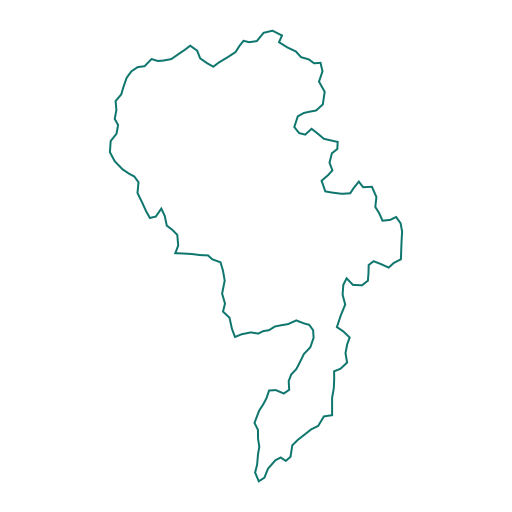 São Miguel do Anta, Minas Gerais, Brazil
{"feature_id": "56859067B35975223000187", "entity_name": "São Miguel do Anta", "entity_type": "district", "adm_level": 2, "iso_a3": "BRA", "parent_name": "Brazil", "parent_adm1": "Minas Gerais", "projection": "equal_earth", "projection_center": [-42.703, -20.747], "detail": "fine", "context": "isolated", "style": "outline", "palette": "teal", "viewbox_px": 512, "rotation_deg": 0, "n_neighbors": 0, "source": "geoboundaries", "source_scale": "gbopen_adm2", "svg_char_len": 2334}
<svg xmlns="http://www.w3.org/2000/svg" viewBox="0 0 512 512"><path d="M254.5,422.9L258.0,430.0L258.0,438.5L259.3,446.5L258.0,454.5L257.1,464.8L255.1,472.5L258.8,481.3L264.4,477.7L268.0,468.7L275.3,460.3L280.7,457.5L285.8,460.9L290.5,456.8L292.3,445.3L298.0,439.7L304.3,434.8L311.1,429.4L318.2,425.9L323.9,416.4L332.1,415.2L332.1,408.0L332.1,397.8L333.8,388.3L334.2,378.6L334.1,371.3L340.4,368.8L347.1,362.6L345.5,353.1L347.2,344.3L349.7,337.5L343.3,331.4L336.9,327.1L340.7,315.6L345.2,304.6L342.6,294.7L343.3,284.9L346.6,278.3L352.9,284.9L362.0,285.3L367.9,280.7L368.5,273.0L368.7,265.0L373.6,261.2L381.2,264.2L388.7,267.6L393.7,263.0L400.9,259.3L401.2,250.8L401.5,242.5L402.1,231.5L400.6,223.3L396.1,217.0L390.1,219.9L382.5,220.7L379.0,212.8L375.3,207.0L376.4,197.0L371.9,186.8L363.1,187.2L358.8,181.6L353.7,188.0L350.2,193.3L341.8,193.8L332.2,192.6L325.3,191.4L321.6,180.7L327.9,175.3L332.4,170.4L329.5,162.7L331.9,153.3L337.3,149.0L337.7,141.9L332.1,140.7L323.9,138.8L318.8,134.5L311.6,128.8L305.2,134.6L299.1,133.1L294.3,127.0L297.8,116.3L304.0,112.9L309.6,111.7L316.1,110.5L322.8,104.4L324.7,91.8L319.0,81.6L322.5,71.3L320.5,62.8L314.1,63.3L308.8,59.4L301.1,57.2L295.8,51.4L287.5,47.5L279.0,42.2L282.0,35.5L272.5,30.7L263.6,32.8L256.8,41.1L249.1,42.2L243.5,40.8L239.7,45.6L235.5,52.1L227.2,57.5L219.0,62.4L213.3,66.7L207.3,63.3L200.2,58.4L197.1,50.6L190.2,45.7L184.3,50.2L178.9,53.8L171.3,59.1L163.0,60.6L157.7,61.0L151.6,59.0L144.6,66.2L137.7,67.1L131.5,71.2L126.7,77.7L123.6,86.5L121.2,94.5L115.6,101.0L116.4,110.1L114.7,118.9L118.1,125.0L116.5,133.7L110.7,141.0L109.9,152.2L114.7,161.2L122.4,169.2L128.9,173.6L134.3,176.5L138.5,182.2L137.5,193.0L142.1,202.4L146.1,211.2L149.9,218.0L155.9,216.5L161.3,208.6L164.7,215.8L166.8,225.7L172.4,229.9L177.3,234.9L178.2,245.6L175.3,253.2L182.9,253.5L191.7,254.0L200.3,255.1L208.0,255.4L212.3,259.3L220.5,262.3L223.0,270.7L224.7,280.6L222.1,293.6L225.0,303.6L223.0,311.6L229.5,317.7L231.9,328.7L235.0,337.0L241.5,334.3L250.8,332.4L258.2,333.6L263.3,331.1L269.0,330.2L274.9,326.5L280.9,325.3L288.1,324.1L296.3,320.4L303.9,323.4L309.2,324.8L313.1,330.2L313.6,337.8L310.3,347.3L303.9,354.0L299.7,362.6L296.3,369.1L291.2,374.5L288.7,381.0L289.2,389.8L283.8,393.5L275.8,390.1L269.1,390.5L266.4,398.4L263.3,404.2L259.1,410.7L254.5,422.9Z" fill="none" stroke="#0f766e" stroke-width="2"/></svg>